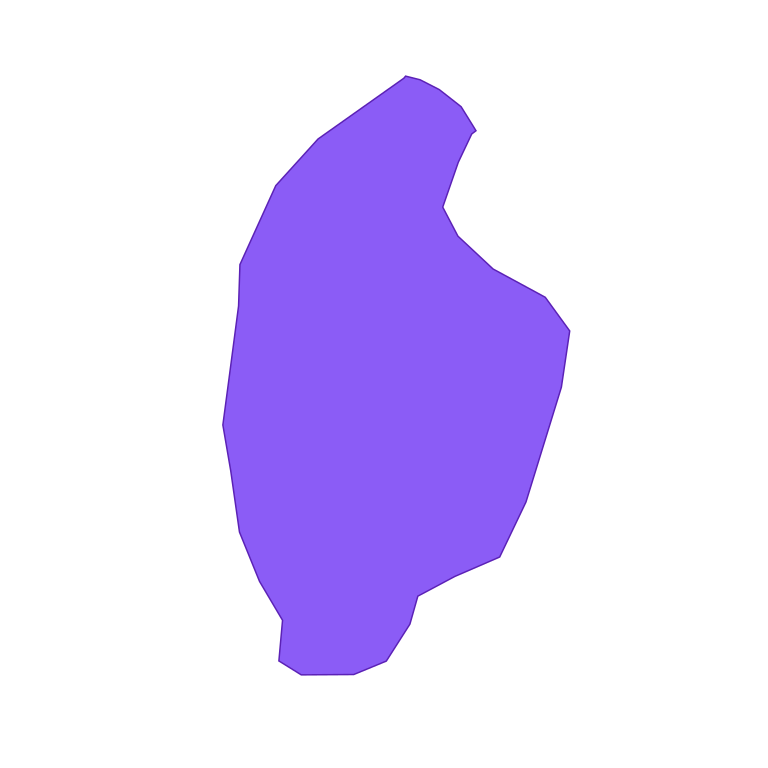 map outline of Bosnian Podrinje (orthographic projection), rotated 106°
{"feature_id": "BIH-2891", "entity_name": "Bosnian Podrinje", "entity_type": "Canton", "adm_level": 1, "iso_a3": "BIH", "parent_name": "Bosnia and Herzegovina", "parent_adm1": "", "projection": "orthographic", "projection_center": [18.793, 43.673], "detail": "fine", "context": "isolated", "style": "filled", "palette": "violet", "viewbox_px": 768, "rotation_deg": 106, "n_neighbors": 0, "source": "natural_earth", "source_scale": "10m", "svg_char_len": 586}
<svg xmlns="http://www.w3.org/2000/svg" viewBox="0 0 768 768"><g transform="rotate(106 384 384)"><path d="M115.2,365.4L119.5,368.6L150.4,373.7L197.8,376.3L221.5,353.7L243.4,310.8L256.2,252.9L281.8,220.1L338.2,212.6L458.3,215.0L518.4,225.1L549.4,262.8L578.6,293.0L607.7,292.9L649.7,305.4L671.6,333.0L686.4,383.4L679.2,408.7L639.1,416.4L608.1,449.2L566.2,482.1L509.7,507.4L467.8,527.6L416.6,535.2L349.1,545.3L308.9,555.4L223.1,542.7L166.6,514.9L84.6,449.2L82.1,448.1L81.6,433.2L85.8,411.9L96.2,386.3L111.6,369.3L115.2,365.4Z" fill="#8b5cf6" stroke="#5b21b6" stroke-width="1.5"/></g></svg>